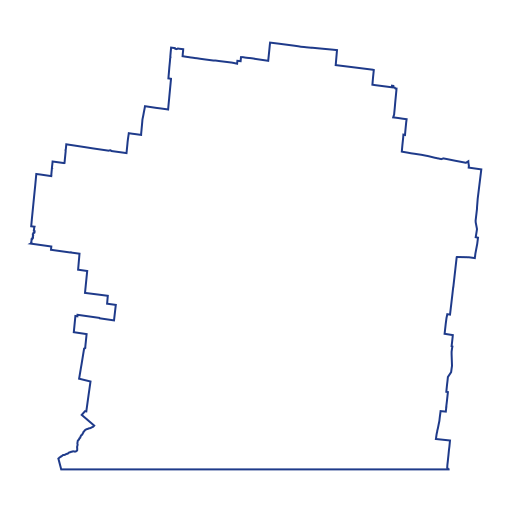 Paroo, Queensland, Australia (Equal Earth projection)
{"feature_id": "25037944B13506382949724", "entity_name": "Paroo", "entity_type": "district", "adm_level": 2, "iso_a3": "AUS", "parent_name": "Australia", "parent_adm1": "Queensland", "projection": "equal_earth", "projection_center": [145.53, -27.987], "detail": "fine", "context": "isolated", "style": "outline", "palette": "blue", "viewbox_px": 512, "rotation_deg": 0, "n_neighbors": 0, "source": "geoboundaries", "source_scale": "gbopen_adm2", "svg_char_len": 5668}
<svg xmlns="http://www.w3.org/2000/svg" viewBox="0 0 512 512"><path d="M325.9,469.4L377.8,469.4L390.8,469.4L427.2,469.4L437.5,469.4L448.6,469.4L448.6,469.2L448.1,469.0L447.2,467.7L447.4,464.7L447.8,461.3L448.1,458.3L448.4,455.6L448.7,452.6L449.0,449.6L449.4,446.6L449.7,443.5L450.0,440.5L449.1,440.4L435.9,439.0L436.0,438.4L436.3,436.2L436.6,434.2L436.9,432.7L437.1,432.0L437.3,430.6L437.7,429.0L437.9,428.2L438.5,425.2L438.8,423.7L439.3,421.3L439.4,420.7L439.8,417.1L440.6,411.1L441.5,411.2L445.8,411.6L446.3,407.1L446.2,407.1L447.0,400.4L447.9,392.1L446.3,391.8L446.5,390.0L447.1,384.1L447.5,380.9L447.9,377.0L451.1,372.2L452.0,365.8L451.6,354.2L451.6,351.8L451.6,351.7L452.0,348.7L452.4,346.5L451.6,346.2L452.0,342.8L452.6,337.4L452.8,335.1L444.6,333.8L445.8,323.2L446.4,318.7L446.6,317.4L446.7,317.0L446.8,316.6L447.3,314.2L450.0,314.6L450.3,312.2L452.2,296.0L453.2,287.2L453.3,287.1L456.7,257.1L456.8,257.0L466.0,257.2L469.2,257.3L474.8,258.1L474.9,257.2L475.0,256.5L475.1,256.3L475.1,255.9L475.4,253.5L477.2,244.0L478.0,237.7L475.7,237.2L476.8,230.5L476.8,230.3L477.0,229.1L475.7,222.4L475.6,220.7L477.0,208.8L477.0,207.6L477.7,198.8L477.7,198.7L480.0,180.0L481.3,169.4L468.7,167.6L468.9,165.7L468.5,163.4L468.4,163.0L468.3,161.3L465.9,162.8L463.9,162.4L461.3,161.9L458.2,161.3L455.5,160.8L447.1,159.1L443.4,158.4L441.3,159.1L439.4,158.7L438.2,158.4L437.8,158.4L436.2,158.0L435.0,157.8L432.6,157.2L429.0,156.3L427.2,155.9L426.5,155.8L423.5,155.2L421.5,154.8L417.4,154.2L414.8,153.8L411.1,153.3L409.5,153.0L408.0,152.7L402.7,151.8L401.8,151.6L402.4,145.0L403.2,137.5L403.4,134.6L405.0,135.0L405.3,131.4L405.9,125.3L406.2,122.3L406.4,120.8L406.6,119.2L402.7,118.7L398.9,118.1L395.1,117.6L393.2,117.4L393.4,116.7L394.1,114.6L394.4,111.5L394.7,108.5L395.3,101.6L395.6,98.5L396.4,90.3L396.5,88.6L395.4,88.5L394.7,87.6L393.2,87.4L393.3,85.9L392.0,85.7L391.9,87.3L386.6,86.6L383.4,86.2L380.4,85.8L374.9,85.1L372.4,84.7L372.6,82.4L373.0,77.8L373.8,70.0L372.7,69.7L359.1,68.0L350.3,66.9L335.7,65.1L337.0,50.1L332.1,49.6L319.1,48.4L311.9,47.7L311.8,47.8L306.5,47.3L304.0,47.0L301.4,46.8L301.1,46.8L298.5,46.3L293.6,45.6L279.0,43.7L270.1,42.6L269.8,45.1L269.2,51.2L268.2,60.8L254.6,58.8L254.5,58.7L252.7,58.4L250.4,58.1L247.8,57.9L245.3,57.6L243.7,57.3L242.4,57.1L241.6,57.1L241.0,57.1L240.6,61.2L237.4,60.8L237.1,63.7L233.5,62.9L232.8,62.8L231.5,62.5L230.9,62.5L230.3,62.4L221.3,61.3L218.8,61.0L215.3,60.5L213.2,60.5L205.5,59.5L200.4,58.8L197.9,58.4L196.6,58.2L195.3,58.1L192.8,57.7L190.2,57.4L188.6,57.1L187.7,57.0L185.1,56.6L182.6,56.2L182.8,53.6L183.1,50.9L183.2,49.2L179.7,48.8L178.9,48.7L177.9,48.5L177.4,48.8L176.9,49.0L176.4,49.1L176.2,49.0L175.2,48.8L175.1,48.7L174.9,48.1L171.1,47.6L170.6,53.1L170.3,56.7L170.3,56.9L170.4,57.1L170.5,57.2L170.4,57.6L170.2,58.0L169.9,61.6L169.3,67.7L168.9,72.7L168.4,78.4L171.0,78.8L171.0,79.2L170.7,82.1L168.1,109.5L166.2,109.2L160.4,108.4L156.3,107.9L145.0,106.2L144.6,108.5L144.0,111.5L143.3,115.3L143.0,116.8L142.6,118.7L142.4,119.9L142.3,121.3L142.0,124.7L141.5,130.1L141.2,133.1L141.1,134.9L135.3,134.1L132.1,133.7L128.8,133.2L128.7,134.0L128.2,137.3L127.9,139.5L127.6,141.9L127.4,144.2L126.5,153.1L120.8,152.3L114.9,151.5L111.3,151.0L110.6,150.3L109.5,150.4L108.7,150.7L105.3,150.2L92.9,148.4L84.7,147.1L82.7,146.8L72.9,145.3L66.3,144.3L65.8,149.4L65.6,149.7L65.6,149.9L65.5,150.4L65.7,150.8L64.5,163.0L64.1,163.1L52.6,161.5L52.4,163.5L52.3,164.6L52.2,165.2L51.9,168.2L52.0,168.3L51.9,168.4L51.3,174.7L51.4,175.0L51.4,175.3L51.2,175.5L51.2,176.1L40.3,174.5L36.3,174.0L35.2,185.7L34.3,194.5L31.9,218.7L31.2,226.3L34.5,226.7L34.4,227.0L34.3,227.5L34.1,228.3L34.1,228.9L34.0,229.3L34.0,229.7L33.8,230.6L33.8,230.8L34.6,231.2L34.4,231.8L34.5,232.5L34.4,232.7L34.0,232.8L33.8,233.0L33.4,233.0L33.1,233.8L32.8,234.2L33.1,234.8L33.2,235.3L32.9,235.6L32.9,236.0L33.0,236.3L32.8,236.7L32.8,237.0L32.7,237.2L33.0,237.4L33.0,237.9L32.7,238.2L32.6,238.5L32.4,238.8L32.1,238.6L31.9,238.8L32.1,238.9L32.2,239.1L31.6,239.9L31.5,240.5L31.5,240.8L31.3,241.4L31.5,242.3L31.4,242.5L31.0,242.8L30.9,243.5L30.7,243.6L51.3,246.5L51.0,249.8L68.2,252.2L70.3,252.5L70.4,252.4L70.6,252.3L70.8,252.4L71.0,252.4L71.3,252.4L71.5,252.6L79.5,253.7L78.1,269.7L87.2,271.0L85.0,292.9L98.6,294.6L107.8,295.8L107.1,303.7L115.8,304.9L115.0,311.8L114.0,320.4L99.7,318.3L99.4,317.9L77.5,314.8L77.4,316.3L75.4,316.0L73.8,332.2L86.6,334.1L85.2,347.7L85.3,347.9L85.1,348.2L84.1,348.6L81.5,364.6L81.1,366.8L80.6,369.8L80.1,372.8L79.6,375.8L79.1,378.7L90.5,381.5L88.7,394.1L86.3,411.4L85.0,411.2L81.7,414.9L88.7,420.9L94.2,425.6L93.5,426.4L92.9,426.9L91.6,427.4L91.0,427.8L90.4,428.1L88.4,428.5L87.9,428.9L86.9,429.1L86.2,429.4L85.2,430.0L84.8,430.4L84.3,431.1L83.9,431.5L83.5,431.9L83.4,432.4L83.0,433.1L82.7,433.5L82.5,433.9L82.4,434.3L82.1,434.7L81.6,435.1L81.2,435.3L80.9,435.9L80.6,436.4L80.4,436.9L80.3,437.3L80.3,437.6L80.1,437.8L79.8,438.1L79.4,438.3L79.2,438.7L79.1,439.0L79.1,439.4L78.8,439.7L78.4,440.1L78.2,440.2L77.8,440.7L77.7,441.2L77.6,441.9L77.4,443.1L77.4,443.8L77.6,444.4L77.6,444.7L77.5,445.3L77.3,446.0L77.2,446.4L77.1,447.0L77.1,447.5L77.2,447.9L77.2,450.2L77.0,450.6L76.6,450.9L76.2,451.2L75.7,451.5L74.9,451.5L74.7,451.6L74.3,451.5L73.4,451.3L73.0,451.3L72.6,451.5L72.4,451.5L71.7,451.8L71.4,451.7L70.8,451.9L70.4,452.2L70.0,452.2L69.6,452.4L69.2,452.5L68.9,452.6L68.3,453.1L68.0,453.5L67.3,453.8L66.9,453.9L66.5,453.9L66.2,454.1L65.7,454.3L64.9,454.8L64.1,455.0L63.3,455.0L62.8,455.2L62.6,455.4L61.9,456.0L61.4,456.3L61.0,456.4L60.8,456.8L59.8,457.3L59.5,457.5L58.6,458.5L58.4,458.6L59.2,461.7L60.8,467.8L61.2,469.4L110.5,469.4L116.7,469.4L196.1,469.4L203.9,469.4L286.9,469.4L325.9,469.4Z" fill="none" stroke="#1e3a8a" stroke-width="2"/></svg>